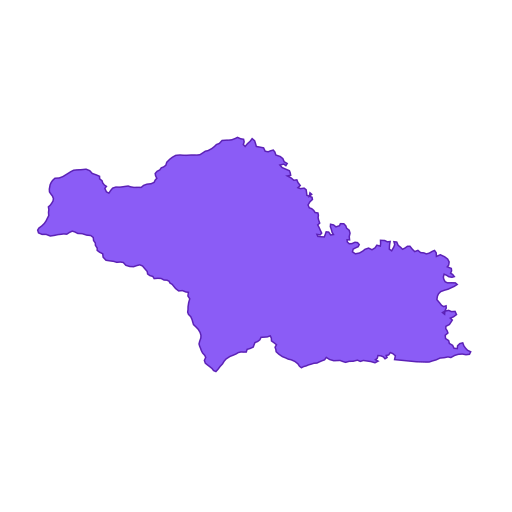 Rio Negrinho, Santa Catarina, Brazil, rotated 93°
{"feature_id": "56859067B35225019314359", "entity_name": "Rio Negrinho", "entity_type": "district", "adm_level": 2, "iso_a3": "BRA", "parent_name": "Brazil", "parent_adm1": "Santa Catarina", "projection": "robinson", "projection_center": [-49.598, -26.45], "detail": "fine", "context": "isolated", "style": "filled", "palette": "violet", "viewbox_px": 512, "rotation_deg": 93, "n_neighbors": 0, "source": "geoboundaries", "source_scale": "gbopen_adm2", "svg_char_len": 5804}
<svg xmlns="http://www.w3.org/2000/svg" viewBox="0 0 512 512"><g transform="rotate(93 256 256)"><path d="M301.2,64.5L298.0,63.3L295.8,63.6L296.7,65.9L295.6,68.1L293.3,70.1L290.1,73.1L286.5,72.7L284.1,71.7L281.9,69.7L280.3,66.0L279.1,62.4L277.6,59.6L276.0,56.5L273.9,53.6L272.4,55.5L272.5,59.2L272.8,63.4L271.8,65.8L269.3,67.3L267.2,67.8L264.3,67.2L265.3,64.6L266.6,62.4L267.0,59.2L266.2,56.9L264.1,58.7L263.0,60.8L260.6,59.9L258.2,60.3L256.8,64.4L255.0,63.1L251.8,62.8L249.0,64.5L246.9,67.6L245.1,72.0L247.0,75.8L243.4,76.2L241.1,78.0L242.2,80.3L244.1,83.2L245.0,86.0L244.1,88.5L244.0,91.8L241.9,94.6L243.3,97.7L241.0,100.3L238.2,102.8L238.4,105.3L240.3,107.7L241.6,110.0L239.8,112.0L237.9,114.6L234.7,116.2L234.5,119.0L237.4,118.1L239.9,118.9L243.7,120.8L242.2,123.2L237.9,123.2L234.5,122.8L235.0,125.5L233.8,128.3L233.8,132.5L237.0,132.2L239.6,132.4L238.9,135.9L241.6,137.5L243.7,140.5L242.2,144.0L243.6,147.5L245.5,149.6L247.6,152.8L248.6,156.9L246.8,159.9L244.0,159.3L242.5,156.7L241.4,154.5L239.2,153.5L237.3,155.3L237.1,157.9L238.6,160.8L238.9,163.5L237.2,165.6L235.0,165.9L235.0,163.4L231.8,163.9L228.3,163.3L225.4,164.3L223.5,167.0L221.2,167.9L219.2,170.0L219.3,173.4L221.4,174.2L222.7,177.7L220.9,180.2L220.4,183.2L222.8,183.3L225.1,182.3L228.4,181.2L230.5,179.8L231.1,182.5L228.3,184.7L228.2,187.2L231.0,188.0L233.4,188.8L233.4,191.8L233.2,195.3L231.2,196.3L231.5,193.0L229.7,191.6L226.8,193.2L224.2,194.5L221.7,196.0L219.8,194.1L216.4,195.5L214.2,196.0L212.1,195.8L209.8,196.4L209.5,199.3L207.4,200.8L205.8,202.9L205.1,205.3L202.3,206.7L199.1,205.0L196.6,202.6L194.4,203.1L193.5,205.9L192.7,208.4L190.1,208.8L187.2,209.4L185.7,211.5L186.4,215.1L185.6,217.7L183.3,215.5L180.4,218.0L177.8,219.2L178.4,222.2L176.2,225.0L174.4,228.9L173.6,225.6L171.1,226.2L169.1,227.1L167.7,230.9L166.3,234.6L163.9,236.9L162.8,233.1L164.2,230.9L162.0,229.7L160.4,232.8L157.3,234.3L155.4,237.0L154.1,241.5L151.2,242.6L149.3,244.3L150.2,247.0L151.3,249.3L150.9,252.3L147.6,254.1L147.1,257.6L146.6,261.4L144.2,262.2L141.0,263.4L139.0,266.0L141.8,267.9L144.3,270.4L147.2,272.6L145.4,274.5L142.7,273.8L140.1,274.5L139.7,277.6L138.5,280.7L139.7,282.8L141.2,286.2L141.7,289.0L141.9,291.8L142.4,295.9L145.5,298.5L146.8,301.4L148.8,303.2L151.0,305.7L153.3,309.5L154.0,312.1L155.8,314.5L157.8,317.3L158.3,320.2L158.4,323.0L158.6,326.5L159.1,330.8L159.2,334.3L159.1,337.2L159.7,341.4L161.7,344.6L163.9,347.2L167.0,350.0L170.1,350.8L171.9,352.9L172.9,355.2L175.1,356.6L176.6,359.2L178.9,361.0L181.1,360.5L183.6,359.1L185.4,360.6L187.8,361.6L189.3,364.5L190.0,368.7L191.4,372.0L193.5,374.2L193.6,377.3L193.9,381.5L193.5,384.9L192.8,387.3L193.3,390.0L193.9,392.9L194.4,395.6L194.5,399.6L195.7,402.7L197.8,404.3L200.9,406.2L199.8,408.7L196.4,410.5L194.3,409.0L193.1,411.1L191.2,412.8L188.9,413.7L187.1,416.2L184.6,416.4L183.4,419.6L182.1,423.9L179.5,426.5L178.2,430.2L179.0,435.3L179.4,439.5L179.9,442.6L181.5,445.4L183.0,447.5L184.8,450.1L186.8,453.0L188.4,456.6L188.9,460.9L191.2,463.1L193.3,464.4L195.6,465.3L197.8,465.6L200.0,465.9L202.8,465.6L204.7,464.2L206.8,462.4L209.3,461.3L211.8,461.6L214.0,462.8L215.9,464.0L217.8,465.9L220.5,465.3L223.3,465.5L226.5,465.1L229.2,466.3L232.0,467.5L234.6,469.1L237.2,471.5L239.5,474.3L241.6,475.4L244.3,474.4L245.6,470.8L245.4,466.7L246.8,462.5L246.0,458.5L245.0,454.9L244.6,452.3L244.0,449.2L244.1,446.1L242.2,443.5L240.8,440.8L241.4,438.3L242.8,435.2L242.8,430.7L244.0,426.2L244.2,422.1L246.0,419.5L249.1,419.0L251.3,417.2L253.8,416.9L256.4,415.0L258.7,414.9L260.4,412.4L261.8,409.2L265.2,408.6L268.1,405.6L268.5,401.6L268.8,397.8L269.6,394.7L269.1,391.3L269.4,388.2L272.1,385.5L273.1,381.5L273.1,377.7L271.8,374.5L270.9,371.6L271.9,368.8L274.9,366.0L277.2,363.8L279.6,363.3L281.1,361.0L281.8,358.0L283.9,356.5L283.4,353.0L283.4,349.6L284.8,346.6L284.8,343.7L285.7,341.5L287.5,340.5L288.7,338.2L290.5,336.6L292.7,334.6L294.9,331.4L294.4,327.6L295.6,324.2L295.8,321.6L299.5,321.9L302.2,319.9L306.1,320.8L310.2,321.2L313.1,321.1L315.6,321.3L317.8,320.4L320.0,318.0L322.9,316.5L325.3,315.7L327.8,314.8L330.1,312.1L332.3,309.8L335.3,307.8L338.2,306.8L340.8,306.8L344.2,307.8L346.8,308.3L348.9,307.6L351.0,306.6L353.2,305.7L355.6,304.3L357.9,302.0L359.9,300.9L363.0,302.1L365.7,301.0L367.3,298.8L369.0,296.3L370.7,294.0L372.6,292.4L373.5,290.0L371.1,288.0L368.2,286.1L365.5,283.8L362.7,282.3L360.4,280.5L357.7,276.8L356.2,273.5L354.8,270.7L353.4,268.7L352.6,266.0L352.6,263.2L352.4,260.7L349.7,260.0L348.6,256.9L347.1,254.0L344.5,253.2L342.5,252.5L341.3,249.9L339.5,247.8L336.9,246.7L336.7,244.3L336.2,240.5L335.0,237.6L337.2,236.4L340.0,236.1L342.0,233.0L343.6,230.9L346.1,232.2L348.3,231.3L350.5,230.9L352.9,228.0L355.1,224.4L356.2,221.1L357.3,218.4L357.8,215.4L359.3,211.6L361.5,208.5L363.8,206.8L365.2,204.8L363.9,202.6L363.2,200.3L362.0,197.9L361.2,195.5L360.1,192.6L359.7,189.5L358.5,187.3L357.2,184.7L356.1,182.1L353.6,180.5L355.5,177.1L356.5,172.9L356.2,169.7L355.9,166.6L356.8,163.8L357.5,161.0L356.3,157.4L356.0,153.4L354.7,149.3L355.8,146.3L354.7,143.4L355.0,140.0L355.4,135.8L356.4,131.6L354.6,128.6L353.3,131.3L351.7,129.5L349.0,129.0L349.2,125.9L350.1,123.5L351.9,121.8L350.5,119.8L348.5,120.8L347.9,118.4L345.4,116.8L346.3,114.3L348.3,111.6L352.2,112.2L353.2,90.3L353.0,80.7L352.8,77.5L351.6,74.5L350.3,70.7L348.3,66.9L347.6,62.3L346.7,59.0L347.2,56.1L344.9,52.4L343.6,48.9L343.1,44.8L343.6,41.2L343.0,37.7L340.4,36.6L339.1,39.8L337.0,42.0L334.9,43.7L331.9,45.0L332.8,47.9L335.1,50.0L337.9,50.1L337.8,53.4L334.9,55.0L333.2,58.3L330.4,59.2L328.5,62.4L325.3,62.9L322.8,60.3L320.5,61.3L318.6,62.7L316.3,62.7L314.3,59.3L312.3,58.1L309.7,56.6L307.9,58.7L306.4,55.6L304.0,52.7L300.9,54.3L301.3,57.9L300.2,60.8L301.2,64.5ZM301.2,64.5L304.3,64.6L302.7,66.8L301.2,64.5ZM193.5,205.9L191.5,203.6L190.1,205.4L193.5,205.9Z" fill="#8b5cf6" stroke="#5b21b6" stroke-width="1.5"/></g></svg>